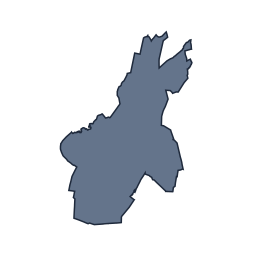 Brīvzemnieku pag., Alojas, Latvia, rotated 282°
{"feature_id": "27541924B63069620149492", "entity_name": "Brīvzemnieku pag.", "entity_type": "district", "adm_level": 2, "iso_a3": "LVA", "parent_name": "Latvia", "parent_adm1": "Alojas", "projection": "equal_earth", "projection_center": [24.973, 57.673], "detail": "fine", "context": "isolated", "style": "filled", "palette": "slate", "viewbox_px": 256, "rotation_deg": 282, "n_neighbors": 0, "source": "geoboundaries", "source_scale": "gbopen_adm2", "svg_char_len": 5167}
<svg xmlns="http://www.w3.org/2000/svg" viewBox="0 0 256 256"><g transform="rotate(282 128 128)"><path d="M34.1,141.1L39.4,140.1L39.8,140.1L40.2,140.2L40.5,140.3L50.8,145.7L59.1,149.0L59.1,148.9L61.4,144.3L63.2,145.4L63.1,145.8L64.2,146.4L64.6,146.1L66.3,147.0L67.2,147.0L67.0,147.5L66.6,148.1L68.4,148.5L69.2,148.4L68.9,147.9L68.4,147.3L68.5,147.2L69.4,147.8L70.0,148.7L70.9,148.8L71.8,149.2L73.3,149.5L78.5,150.9L79.6,151.1L80.8,151.5L84.3,152.9L87.6,154.1L86.5,154.4L85.9,158.7L85.2,159.7L85.0,160.3L84.7,161.4L83.4,162.2L82.5,163.0L82.6,164.1L82.5,164.5L80.6,167.4L77.7,172.2L74.9,176.7L74.7,177.1L74.1,178.1L73.8,178.1L75.0,185.0L75.5,185.1L76.1,185.0L78.7,184.8L79.4,184.8L80.7,186.1L84.1,185.8L90.6,185.5L90.6,186.2L94.2,185.9L94.3,185.9L95.0,185.9L97.0,185.8L97.3,186.6L97.7,187.8L98.2,188.6L99.0,189.6L99.2,189.9L99.1,190.5L103.5,188.5L105.6,187.7L108.3,186.4L110.5,185.2L123.5,179.1L125.5,176.2L126.3,174.9L126.7,175.0L126.8,174.9L126.1,174.5L126.2,174.4L127.0,174.7L127.5,174.5L133.6,170.8L134.9,170.1L137.6,162.3L137.5,160.8L137.5,160.1L146.4,158.5L151.6,158.8L153.7,159.2L156.7,160.0L164.6,161.2L172.8,157.1L173.4,161.6L171.7,164.1L171.2,164.4L173.3,167.7L173.6,169.6L184.1,173.5L189.1,176.2L191.9,174.9L193.0,175.3L195.7,174.6L198.0,173.8L198.1,174.0L198.0,174.4L198.6,174.7L199.4,174.9L199.4,175.0L199.5,175.0L199.6,175.3L199.8,175.4L199.8,175.6L200.3,175.8L201.0,175.8L201.5,176.2L202.5,176.2L202.6,176.3L202.9,176.5L203.3,176.7L203.5,176.7L204.0,176.7L204.6,176.7L204.8,176.9L205.0,177.0L206.0,176.3L206.3,176.2L206.3,175.9L208.3,174.7L207.1,173.1L205.8,171.6L208.3,170.9L211.7,168.8L213.4,168.2L215.2,167.6L216.4,169.9L217.0,171.0L217.4,171.8L217.8,172.4L218.0,172.8L218.3,173.7L218.5,173.6L221.6,172.7L223.4,172.1L224.1,171.5L227.3,171.2L226.7,170.0L224.2,168.5L224.2,168.3L223.9,167.6L223.6,167.3L223.2,167.1L221.2,166.2L219.6,165.5L219.4,165.4L217.6,165.6L217.4,165.6L216.9,165.1L216.7,165.0L216.1,165.0L215.4,164.7L215.1,164.2L214.1,163.6L213.2,162.9L209.6,160.0L208.8,159.6L208.2,159.0L207.9,158.6L207.6,158.3L206.8,157.9L206.2,157.5L206.0,157.3L205.0,155.9L204.5,155.1L201.7,152.1L200.0,150.9L193.2,146.0L195.2,145.5L200.1,144.4L202.1,144.1L209.8,144.2L218.9,144.3L220.6,144.4L220.9,144.4L221.5,145.0L225.0,147.9L227.8,146.6L229.9,145.4L228.1,144.2L227.1,143.6L226.2,143.0L225.3,142.5L225.1,142.4L224.7,141.9L223.5,139.9L223.4,138.8L223.8,137.6L225.0,136.1L220.8,134.1L220.2,133.6L218.0,132.7L218.7,132.3L219.7,131.3L221.4,129.8L221.9,128.7L221.7,128.5L222.6,128.1L221.4,127.5L220.3,125.4L219.3,124.5L208.2,124.4L202.7,124.4L202.7,119.0L182.7,119.1L181.2,115.9L179.8,116.0L176.9,115.3L173.4,114.3L173.2,114.2L171.9,113.1L170.3,112.4L170.0,112.4L168.7,112.4L168.3,112.4L168.1,112.3L167.8,112.1L167.2,111.7L166.9,111.1L166.8,110.9L166.7,110.8L166.4,110.6L165.4,110.4L164.8,110.3L163.4,110.0L163.0,110.0L162.9,110.1L161.3,109.9L160.1,110.2L157.7,110.7L157.6,110.8L155.5,112.8L155.3,112.9L150.9,114.7L150.1,115.1L149.3,114.9L147.7,114.2L147.2,113.9L146.1,113.5L134.8,108.5L134.5,108.3L134.3,108.1L134.4,107.9L134.5,107.4L134.6,107.0L134.6,106.8L134.4,106.2L134.1,106.0L133.2,104.3L133.1,104.0L133.1,103.9L133.5,103.5L134.6,102.2L134.8,101.9L135.1,101.5L136.2,100.2L136.4,99.9L136.4,99.7L135.9,99.2L135.5,98.8L134.2,96.4L133.4,95.7L133.2,95.6L131.5,95.5L129.9,95.3L129.8,95.2L129.6,95.1L129.3,94.6L127.8,93.8L127.6,93.6L127.3,93.4L126.5,93.1L125.3,93.0L125.0,92.9L124.9,92.8L124.8,92.7L124.8,92.2L124.8,91.5L124.7,91.2L124.6,90.7L124.4,90.3L124.3,89.8L124.1,89.7L123.9,89.6L123.6,89.6L123.4,89.6L123.2,89.7L123.1,89.8L122.9,90.0L122.7,90.2L122.6,90.3L122.4,90.3L122.1,90.2L122.0,89.5L121.8,89.4L121.6,89.4L121.2,89.3L120.9,89.4L120.7,89.5L121.1,91.3L121.0,91.5L120.9,91.6L120.7,91.6L119.7,91.7L119.4,91.7L119.2,91.4L119.0,91.2L118.9,90.8L118.9,90.6L118.7,90.1L118.6,89.9L117.8,89.3L117.6,89.1L117.6,88.8L118.1,88.2L118.5,87.9L118.6,87.7L118.5,87.3L118.2,86.9L118.0,86.6L118.2,86.4L118.7,86.1L118.8,85.8L119.0,85.1L119.0,84.8L118.9,84.0L118.4,83.5L117.5,82.9L117.6,82.5L117.4,82.4L117.0,82.3L116.8,82.3L116.4,82.5L115.6,83.0L115.2,83.3L114.0,83.1L113.8,83.0L113.7,82.9L113.7,82.6L113.6,82.2L113.5,81.9L113.7,81.7L114.7,81.6L114.8,81.5L114.8,81.4L114.8,80.8L114.7,80.5L114.5,80.4L114.1,80.2L113.7,80.2L113.7,79.8L114.0,79.4L113.9,79.2L113.0,79.1L112.8,78.9L113.0,78.2L112.7,77.8L112.5,77.6L112.5,77.2L112.7,76.8L112.1,76.3L111.8,75.8L111.4,75.6L111.3,75.3L111.2,75.1L111.3,75.0L111.6,74.7L111.7,74.0L111.9,73.8L112.2,73.6L111.6,73.3L107.2,70.0L106.5,69.5L102.0,66.8L99.8,66.0L98.6,65.5L98.4,65.6L98.2,65.6L95.8,65.8L93.4,66.3L92.6,66.7L90.4,68.0L87.3,70.3L86.5,71.5L84.6,74.5L83.3,75.8L82.4,78.0L81.7,79.5L80.8,81.0L80.4,82.0L80.2,82.7L80.4,83.2L79.2,86.0L75.6,85.0L69.0,83.3L63.8,83.2L60.1,83.0L55.7,83.1L54.6,83.1L54.9,86.6L55.0,89.0L53.4,89.0L49.8,89.1L48.7,89.0L47.6,90.8L42.0,91.7L40.4,92.0L37.0,92.5L36.4,92.6L29.6,93.7L28.5,93.9L28.3,95.4L28.3,95.6L27.9,98.6L26.8,105.2L26.7,105.4L26.7,105.5L26.4,107.0L26.1,108.8L26.2,109.1L26.9,109.9L27.0,110.1L27.0,110.4L26.5,115.1L28.9,123.5L29.0,123.5L30.1,127.2L30.5,128.9L30.7,129.2L31.0,130.4L32.5,135.8L32.7,136.7L33.8,140.3L34.1,141.1Z" fill="#64748b" stroke="#1e293b" stroke-width="1.5"/></g></svg>